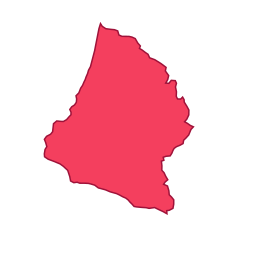 Surubim, Pernambuco, Brazil (Mercator projection), rotated 36°
{"feature_id": "56859067B76326707509966", "entity_name": "Surubim", "entity_type": "district", "adm_level": 2, "iso_a3": "BRA", "parent_name": "Brazil", "parent_adm1": "Pernambuco", "projection": "mercator", "projection_center": [-35.746, -7.891], "detail": "fine", "context": "isolated", "style": "filled", "palette": "rose", "viewbox_px": 256, "rotation_deg": 36, "n_neighbors": 0, "source": "geoboundaries", "source_scale": "gbopen_adm2", "svg_char_len": 1827}
<svg xmlns="http://www.w3.org/2000/svg" viewBox="0 0 256 256"><g transform="rotate(36 128 128)"><path d="M163.0,75.9L158.3,74.0L156.7,72.1L154.0,70.9L153.6,73.6L151.0,75.4L148.4,74.0L145.9,70.2L142.3,66.9L140.9,63.3L138.4,61.9L135.0,64.0L134.8,67.9L132.1,69.5L131.7,65.6L130.1,61.7L124.7,59.9L123.2,56.6L119.4,56.5L116.6,56.5L109.5,57.0L104.2,58.5L100.9,56.6L97.4,56.7L93.4,56.6L90.5,56.9L89.8,54.4L85.9,53.5L81.3,51.4L77.8,52.1L75.0,53.3L69.2,57.4L66.0,58.1L62.6,55.5L59.3,56.4L56.1,58.3L51.7,60.7L47.4,60.9L44.4,59.7L46.1,64.7L53.7,81.1L55.5,84.9L61.6,100.5L62.1,104.5L63.3,107.7L64.1,111.4L64.9,113.9L65.4,116.8L66.2,120.2L66.3,123.6L67.6,128.5L67.0,132.5L69.4,134.7L71.1,137.6L71.2,140.8L70.0,143.9L70.0,147.2L72.6,148.7L74.1,150.8L73.7,153.7L73.4,157.3L71.9,160.7L69.8,162.1L66.2,164.2L65.2,168.3L69.2,175.3L69.0,178.6L67.0,182.6L67.0,186.3L70.0,188.2L73.3,190.8L73.5,194.1L75.5,198.1L77.4,200.3L81.7,200.2L87.1,198.7L94.1,197.0L98.1,197.0L104.1,197.7L109.5,201.6L112.7,204.6L116.3,204.1L118.7,201.8L121.4,201.0L125.0,198.4L128.5,196.1L130.9,195.1L134.7,193.8L139.2,193.9L146.0,191.3L151.1,190.1L157.3,187.8L160.4,187.2L164.3,186.7L167.4,186.0L170.4,186.1L173.2,186.8L176.0,187.2L179.0,187.9L181.3,186.8L183.5,185.5L185.7,184.2L189.5,181.8L192.3,180.6L196.3,176.7L200.9,175.9L205.5,175.0L209.9,174.5L207.9,172.1L209.7,170.4L211.6,166.6L209.8,162.8L207.2,159.2L203.9,158.3L200.6,157.8L198.0,154.8L194.0,151.7L189.9,152.6L189.8,149.8L190.6,146.5L186.7,144.8L183.5,143.0L180.2,142.3L177.6,138.6L174.5,135.2L176.0,133.0L173.7,131.0L175.4,128.5L178.5,125.8L178.3,122.6L177.6,119.9L177.3,117.4L178.2,114.6L180.2,111.4L181.7,108.2L180.2,105.2L180.8,101.9L181.2,97.9L179.8,92.2L180.2,88.6L176.8,89.3L173.4,89.3L170.1,89.7L170.4,86.3L169.5,81.7L166.7,77.7L163.0,75.9Z" fill="#f43f5e" stroke="#9f1239" stroke-width="1.5"/></g></svg>